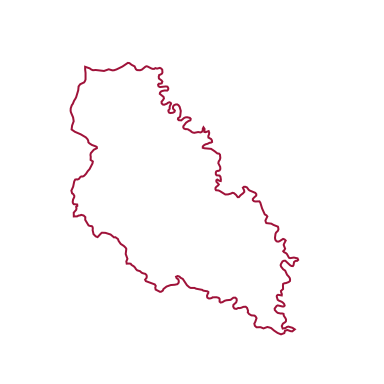 Araguari, Minas Gerais, Brazil, rotated 199°
{"feature_id": "56859067B42575521245529", "entity_name": "Araguari", "entity_type": "district", "adm_level": 2, "iso_a3": "BRA", "parent_name": "Brazil", "parent_adm1": "Minas Gerais", "projection": "orthographic", "projection_center": [-48.261, -18.607], "detail": "fine", "context": "isolated", "style": "outline", "palette": "rose", "viewbox_px": 384, "rotation_deg": 199, "n_neighbors": 0, "source": "geoboundaries", "source_scale": "gbopen_adm2", "svg_char_len": 5983}
<svg xmlns="http://www.w3.org/2000/svg" viewBox="0 0 384 384"><g transform="rotate(199 192 192)"><path d="M166.4,102.2L163.4,101.0L161.9,100.9L158.4,102.1L156.7,101.9L150.5,102.8L149.2,102.4L145.1,103.1L144.0,102.8L143.7,101.7L144.0,100.5L144.0,98.7L143.2,97.2L141.8,96.8L140.5,97.1L138.8,98.2L138.3,99.1L134.4,100.5L132.2,100.6L131.1,99.9L130.2,97.3L128.9,96.8L127.3,97.8L125.7,99.8L124.1,100.9L120.4,102.6L118.5,105.5L116.7,106.2L115.2,105.6L114.4,104.2L114.3,102.0L116.1,98.8L115.8,97.2L114.9,96.2L113.9,95.6L112.0,95.9L110.5,97.4L109.0,97.8L107.6,98.7L106.1,100.1L103.9,101.0L102.2,100.3L100.3,97.9L100.1,96.4L98.3,95.2L95.7,94.7L92.6,95.5L91.2,94.9L89.9,93.7L89.9,90.0L90.2,87.8L89.0,86.0L87.0,85.1L83.1,86.5L80.0,86.3L76.8,88.9L74.6,89.1L72.8,89.1L69.3,87.7L65.2,86.6L61.5,86.4L58.8,88.6L58.9,91.2L56.8,92.6L53.5,92.5L51.8,92.9L50.1,95.6L52.8,96.3L57.1,96.1L58.4,95.2L59.2,93.9L61.8,92.4L63.5,94.5L63.2,97.1L61.5,99.3L61.1,100.3L61.5,101.9L62.3,102.9L64.9,104.9L65.8,106.6L67.3,106.5L68.5,106.0L71.4,105.6L72.8,106.0L75.3,107.4L75.9,108.7L74.9,111.8L74.0,112.7L69.1,113.2L68.0,113.6L67.4,114.7L68.4,116.1L69.8,116.9L71.4,117.4L74.6,117.6L75.9,118.0L77.8,120.6L78.0,121.7L77.2,122.8L73.5,123.4L73.8,124.7L75.0,126.1L75.7,127.4L74.3,129.9L75.6,133.3L75.9,134.8L74.9,135.8L73.6,136.4L71.3,138.3L70.4,139.7L70.7,141.0L71.4,142.3L72.8,143.4L75.2,144.7L78.3,148.0L80.6,148.6L83.4,150.4L84.4,151.7L84.4,153.0L83.8,155.9L82.6,157.0L81.4,157.4L75.4,154.7L73.9,154.4L72.5,154.8L72.2,156.0L72.7,159.0L71.7,160.6L70.2,161.1L69.5,162.4L70.6,163.6L74.3,163.2L77.7,161.4L78.9,161.4L82.1,164.3L83.3,164.8L85.5,165.1L86.5,165.7L85.8,167.1L85.5,168.7L88.1,171.8L88.1,173.1L87.6,176.6L89.1,177.3L90.6,177.3L93.3,173.9L94.4,173.1L96.0,172.9L97.6,173.9L98.6,175.6L99.4,179.5L99.3,181.0L98.2,183.2L98.1,184.7L98.6,185.9L99.5,187.2L104.2,187.4L106.7,187.9L111.6,186.8L112.6,187.8L113.3,189.0L112.8,193.4L114.1,194.2L115.9,194.5L120.4,199.3L123.9,204.1L125.2,205.1L129.2,203.6L130.6,203.5L131.8,204.1L132.2,205.2L131.6,206.8L130.1,209.5L130.5,210.9L131.9,211.8L138.1,212.2L139.2,212.6L141.5,214.2L143.2,214.3L144.6,213.8L145.3,212.6L143.3,210.6L142.6,209.2L143.3,207.4L145.1,204.7L146.0,202.4L147.1,202.0L149.4,203.6L152.0,204.6L153.5,204.4L154.8,203.1L157.1,201.5L159.7,200.5L165.7,201.9L167.4,202.1L169.9,201.5L170.7,202.2L171.1,203.5L170.7,204.8L169.4,206.8L169.1,207.9L172.3,209.7L172.8,211.0L172.2,212.0L169.7,211.5L168.4,211.7L168.7,213.1L170.1,215.7L171.3,216.5L174.2,215.8L175.2,216.5L175.8,218.0L175.8,219.3L174.9,220.2L173.8,220.6L172.9,221.5L172.7,223.0L173.5,224.9L176.5,227.8L176.7,229.6L176.2,231.6L176.3,233.4L177.7,236.4L179.0,237.1L180.6,236.7L183.8,237.9L188.0,239.0L194.5,237.4L196.2,237.3L196.6,238.6L195.9,240.1L194.7,241.5L193.0,242.6L191.5,244.2L190.1,244.9L189.3,245.8L189.9,247.2L191.2,248.3L194.2,248.8L194.8,250.2L194.7,252.1L195.0,253.6L196.1,255.0L198.6,253.0L199.8,252.8L200.7,255.8L202.2,256.9L202.4,255.3L201.8,253.6L202.4,251.9L203.3,251.1L205.7,250.7L209.1,248.7L210.7,248.5L212.1,248.7L213.3,249.4L214.4,249.4L215.7,249.9L217.2,249.8L218.6,249.3L220.2,249.4L221.2,250.1L221.6,251.3L220.2,255.6L218.4,258.0L216.9,259.2L217.0,260.7L218.2,261.4L221.0,261.1L222.5,260.4L223.6,259.4L225.5,256.2L228.0,255.6L229.0,256.2L229.2,257.3L228.1,258.6L227.9,260.0L229.0,265.0L231.5,268.6L233.1,269.7L234.5,270.0L235.8,269.5L237.0,268.5L237.6,267.4L237.7,266.2L237.0,264.6L234.7,263.4L234.7,262.0L235.9,260.7L238.2,259.6L239.5,259.6L240.4,260.4L240.9,261.5L240.3,262.7L240.3,263.9L240.8,264.9L240.9,266.4L240.5,268.6L241.2,269.4L242.6,269.5L243.9,268.4L244.6,267.2L246.8,265.4L248.1,265.2L249.5,265.9L250.2,267.4L249.3,269.8L249.0,271.4L249.9,272.7L254.4,274.3L254.6,275.5L254.1,276.8L253.1,277.8L250.9,279.1L248.5,279.8L247.9,281.0L248.2,282.4L249.5,283.6L251.1,283.3L256.4,280.8L258.0,281.0L259.0,282.3L258.6,283.6L257.4,284.0L256.0,284.9L256.0,286.8L257.2,287.6L260.2,288.5L261.0,290.2L261.1,292.0L260.0,292.8L258.9,294.3L258.9,295.5L260.0,298.0L261.3,298.7L262.8,298.9L265.2,297.3L267.0,297.2L267.7,296.2L269.3,295.6L270.8,295.6L274.9,296.2L276.1,296.0L276.9,295.2L279.3,291.3L280.8,290.2L283.6,289.4L285.0,289.8L287.2,292.1L290.6,292.6L293.1,293.5L294.7,293.2L298.6,288.0L303.3,283.3L305.4,281.7L306.9,281.1L310.7,280.9L314.6,277.8L322.8,276.0L325.3,274.9L327.1,275.0L329.0,275.6L333.8,275.6L332.9,273.0L331.4,269.9L329.3,263.8L329.3,262.2L329.7,260.5L332.8,257.5L333.6,254.9L332.7,251.2L332.4,244.0L332.6,242.4L333.2,239.9L333.4,236.5L333.9,235.0L333.9,231.6L333.2,229.2L332.4,227.9L328.7,223.8L326.9,220.4L327.0,215.8L326.2,211.9L322.3,210.8L315.9,210.3L310.2,209.1L308.0,207.9L306.9,206.8L306.1,205.2L304.8,204.6L302.0,203.9L297.7,203.8L296.6,203.5L296.2,202.4L298.6,200.0L300.3,195.8L300.1,194.0L299.2,192.3L298.3,189.3L295.7,188.6L295.4,186.6L296.3,180.3L297.4,177.7L298.1,174.8L299.2,172.3L300.3,171.1L301.8,170.6L302.6,169.5L303.1,167.7L304.2,166.6L305.5,166.3L306.5,165.7L306.8,163.7L306.1,158.3L306.5,154.0L304.9,151.7L303.6,151.4L302.0,150.0L301.7,148.9L302.0,146.2L301.6,143.9L301.1,142.9L299.9,142.0L296.5,142.8L295.9,141.5L296.7,140.2L295.9,138.9L295.7,137.4L297.1,134.0L295.8,130.4L292.6,131.6L291.6,132.8L290.3,133.4L289.3,134.3L286.8,134.5L284.7,133.5L283.9,130.9L278.9,126.7L277.2,126.7L275.6,127.1L274.5,126.4L273.8,124.9L273.6,123.7L271.4,120.1L268.6,118.7L266.6,118.6L264.6,123.1L263.9,124.2L260.5,125.2L255.1,125.3L251.0,123.7L249.7,124.3L246.7,123.4L245.5,121.9L242.5,119.7L238.9,118.8L236.6,117.7L235.6,116.8L234.5,111.8L231.3,107.8L231.5,105.0L230.4,103.0L228.1,103.9L226.6,104.2L225.5,103.4L222.9,102.8L221.3,102.0L220.0,100.9L218.4,100.1L215.4,100.2L213.3,99.3L211.9,99.2L209.5,99.4L208.1,98.7L207.4,97.8L207.0,96.1L207.8,93.8L206.6,92.7L197.1,92.5L195.7,91.4L195.6,89.6L194.6,87.9L189.7,87.2L188.6,87.8L187.5,89.3L187.4,91.0L185.3,94.3L181.8,97.1L178.1,98.7L175.8,100.1L175.1,101.9L175.5,103.5L176.5,104.9L178.5,105.5L179.5,106.7L178.2,107.9L176.2,107.9L174.9,107.2L172.4,106.8L166.4,102.2Z" fill="none" stroke="#9f1239" stroke-width="2"/></g></svg>